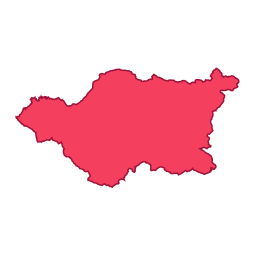 Bagua, Amazonas, Peru, rotated 89°
{"feature_id": "86281439B42703841252030", "entity_name": "Bagua", "entity_type": "district", "adm_level": 2, "iso_a3": "PER", "parent_name": "Peru", "parent_adm1": "Amazonas", "projection": "orthographic", "projection_center": [-78.445, -5.117], "detail": "fine", "context": "isolated", "style": "filled", "palette": "rose", "viewbox_px": 256, "rotation_deg": 89, "n_neighbors": 0, "source": "geoboundaries", "source_scale": "gbopen_adm2", "svg_char_len": 5741}
<svg xmlns="http://www.w3.org/2000/svg" viewBox="0 0 256 256"><g transform="rotate(89 128 128)"><path d="M178.1,168.9L179.7,168.8L179.8,167.5L180.8,165.4L180.8,164.6L182.0,163.6L182.6,160.3L183.8,158.9L185.0,155.0L183.6,153.2L183.5,152.5L185.1,150.2L184.7,148.4L186.1,147.5L186.2,146.2L186.9,144.7L186.0,144.0L184.3,141.6L183.5,139.8L183.6,138.6L182.8,137.9L182.4,138.3L181.3,138.6L179.7,137.6L179.0,135.5L179.3,133.4L179.8,132.7L178.2,133.3L177.5,132.4L175.4,131.6L174.5,130.2L172.6,129.4L171.5,128.5L170.7,128.8L169.9,128.7L168.7,128.0L168.5,127.7L168.6,126.9L169.4,124.4L171.3,124.3L172.1,123.0L172.3,122.2L171.4,121.6L170.5,121.7L168.2,121.3L167.0,121.6L167.1,120.8L166.2,120.1L165.3,118.1L163.8,116.8L162.1,113.8L161.9,112.7L162.3,110.8L163.1,110.7L163.5,108.3L164.4,107.5L164.9,106.2L166.6,105.8L169.1,105.8L170.3,106.1L171.0,105.3L170.5,103.4L170.9,101.2L169.5,100.0L168.2,98.3L167.8,97.5L167.4,95.6L168.4,92.6L169.0,92.1L169.4,92.4L169.9,92.4L170.7,91.9L170.9,91.3L171.9,90.3L172.2,88.8L173.0,86.6L173.7,86.4L174.2,85.9L174.4,85.0L174.0,81.3L174.1,79.6L174.9,78.7L175.7,78.4L174.8,76.2L171.5,71.0L172.7,69.6L172.0,68.4L172.1,67.1L171.5,66.7L171.1,65.6L169.5,64.0L171.1,63.2L171.5,61.5L173.5,58.0L173.5,57.1L174.2,56.2L174.4,54.8L175.7,52.3L175.0,51.2L174.2,48.5L173.4,47.0L173.2,46.3L172.5,46.7L172.1,46.7L172.0,45.4L171.7,45.1L171.0,45.3L170.4,45.9L169.5,45.8L169.2,45.5L169.1,44.9L169.5,44.3L170.7,43.6L170.7,42.4L169.5,41.5L169.2,41.1L168.4,40.8L167.8,40.8L166.6,41.3L166.2,41.6L166.0,42.3L163.6,44.7L161.5,44.2L160.5,44.4L157.8,45.2L157.1,45.7L156.9,46.3L156.3,46.8L155.2,48.4L154.2,50.4L152.2,53.1L151.6,53.6L151.2,54.8L149.9,56.5L149.7,54.6L148.8,53.4L149.0,51.4L150.0,49.3L148.6,48.0L148.3,45.9L148.0,45.6L147.4,45.4L145.8,47.8L144.9,47.6L143.1,48.2L141.1,47.4L140.2,46.8L139.7,46.8L138.9,47.2L137.7,49.0L135.8,48.5L135.6,48.1L135.5,46.6L132.1,43.2L130.2,44.0L126.4,44.1L125.2,45.0L122.6,45.4L121.3,44.9L120.8,44.2L119.7,44.2L117.7,43.1L115.9,42.8L113.2,43.3L112.9,43.1L112.6,41.8L112.0,40.8L112.3,39.9L111.6,39.8L109.3,38.1L108.4,35.9L107.7,35.7L103.0,32.0L99.8,31.8L99.1,31.1L97.3,30.8L95.5,32.5L95.3,33.1L94.2,33.6L94.1,34.8L93.5,35.2L92.8,35.1L92.1,34.5L92.0,32.9L92.1,30.7L91.8,28.7L91.0,27.5L91.3,27.0L91.6,25.2L92.4,24.5L92.4,22.6L90.6,21.5L90.1,20.7L89.3,18.3L88.9,17.8L88.3,17.5L87.2,18.4L85.6,18.3L84.4,16.6L83.6,16.4L82.2,16.6L80.4,18.1L80.0,19.5L78.3,21.4L77.8,22.6L77.7,23.5L78.5,25.3L78.1,26.1L78.5,26.6L78.8,27.7L77.7,29.2L78.2,30.8L78.9,31.4L79.0,31.8L77.9,32.1L77.6,32.9L76.7,33.5L75.5,33.1L74.5,33.7L74.1,34.5L73.2,34.9L71.8,35.9L70.5,37.5L69.9,38.7L71.3,39.9L71.8,41.3L72.4,41.8L73.4,42.4L74.5,42.2L74.9,43.1L76.8,44.4L77.5,44.7L78.8,43.4L79.7,42.9L82.2,44.8L81.4,46.9L81.5,48.5L81.2,49.4L81.7,49.9L82.6,50.0L83.3,52.4L83.1,52.8L82.3,53.0L81.8,53.6L81.1,55.8L80.9,59.0L81.7,59.9L83.9,59.9L83.4,61.3L83.4,63.0L84.7,64.8L85.3,65.0L83.8,67.6L82.3,69.3L81.5,71.2L81.7,72.2L81.6,72.9L82.4,74.0L82.6,76.3L83.3,77.4L82.7,78.3L82.3,80.0L81.1,81.3L80.8,85.6L81.0,86.6L81.6,87.0L81.7,87.4L80.9,90.2L80.0,92.3L79.4,92.7L78.0,95.8L77.7,97.8L76.0,99.3L75.9,100.1L75.4,100.3L74.9,101.2L75.0,101.5L75.7,101.5L76.0,102.3L77.1,103.3L78.2,102.8L79.4,102.9L79.8,103.1L79.5,104.8L80.3,106.8L81.3,108.1L81.4,109.4L81.2,110.9L81.6,111.8L81.7,113.2L81.5,113.6L80.5,114.1L79.8,117.0L78.6,119.2L77.6,119.4L77.0,119.2L76.2,119.8L74.6,120.0L74.6,120.9L73.9,122.9L72.8,123.2L71.8,123.9L71.6,125.3L70.9,125.8L70.9,127.9L70.3,129.6L70.3,131.4L70.0,134.0L69.1,135.3L69.4,139.5L70.0,139.7L70.0,141.7L70.6,142.9L70.5,144.6L71.1,145.4L72.2,149.1L72.8,149.3L73.9,150.2L73.1,153.1L73.9,155.4L75.1,155.7L75.8,155.3L76.4,155.3L77.4,155.6L79.2,156.6L80.4,160.1L81.6,161.9L82.9,162.3L87.3,162.6L88.2,163.1L92.9,167.8L95.5,169.3L97.8,172.1L99.9,173.2L100.0,174.3L101.9,176.1L103.0,178.3L103.7,179.1L103.1,181.0L103.0,182.4L103.2,183.1L104.4,183.9L104.7,184.4L105.0,187.2L104.7,188.8L99.5,192.1L98.5,193.4L99.3,194.2L97.4,196.3L96.7,196.6L96.5,197.0L97.0,198.4L97.7,199.0L97.5,199.5L97.9,200.0L98.1,200.9L97.7,202.8L98.1,203.2L97.2,204.4L97.0,205.1L97.5,206.1L95.8,206.8L95.6,207.4L97.3,208.3L97.6,208.7L97.4,209.3L96.5,210.1L96.2,209.4L95.7,209.2L95.4,209.5L95.3,210.5L96.1,210.5L96.3,210.8L95.6,211.5L95.9,212.4L95.3,213.4L95.5,213.6L96.0,213.3L96.7,213.4L96.8,213.6L96.1,213.8L95.7,214.3L95.0,214.5L96.2,215.0L95.7,215.9L96.0,216.4L97.2,216.3L98.2,216.8L98.8,216.5L98.7,217.3L99.3,217.1L99.5,217.5L98.4,219.3L97.1,219.3L97.1,220.2L95.6,220.5L96.9,222.4L96.7,222.9L96.2,223.2L96.2,224.0L98.0,225.0L98.3,224.2L98.7,223.8L99.5,224.1L101.1,223.5L102.4,224.2L102.5,224.4L102.2,224.8L102.4,225.2L103.3,225.5L104.4,226.2L104.6,226.7L104.5,227.3L105.6,228.1L106.1,229.3L106.1,230.1L107.5,230.2L106.2,231.5L106.5,232.1L107.2,232.5L107.7,232.3L109.0,232.9L112.0,234.7L112.8,235.7L112.8,236.0L114.7,236.8L114.6,238.5L115.3,239.3L115.1,239.6L116.1,239.5L117.0,238.2L118.3,237.7L119.7,236.0L121.0,235.3L121.4,234.5L122.2,234.0L123.1,232.3L124.2,231.8L124.1,230.9L124.7,228.6L127.4,224.5L127.8,223.4L129.1,222.9L130.8,220.4L136.4,219.7L137.5,219.2L138.8,219.2L140.4,218.4L140.1,215.9L140.7,214.9L139.8,213.8L139.7,212.2L138.4,209.4L138.9,206.5L138.1,206.1L137.8,205.4L136.6,204.3L138.2,204.0L138.7,203.5L139.3,201.8L140.7,198.8L141.1,198.4L142.4,197.9L142.5,197.6L141.5,195.4L141.0,194.9L143.7,194.1L145.3,193.9L147.8,192.1L149.0,192.9L151.5,192.9L154.1,192.1L155.7,190.1L155.5,189.2L156.0,187.2L157.0,186.5L157.0,185.8L157.6,185.7L158.2,185.0L160.1,184.3L161.4,183.0L162.3,182.7L163.6,181.0L164.8,180.6L164.9,179.8L165.6,178.8L166.1,177.7L167.7,177.0L168.4,174.0L169.0,173.5L169.0,173.0L169.8,172.8L170.6,172.0L170.9,170.8L170.6,169.3L170.7,168.6L175.3,166.5L176.1,166.9L177.5,168.6L178.1,168.9Z" fill="#f43f5e" stroke="#9f1239" stroke-width="1.5"/></g></svg>